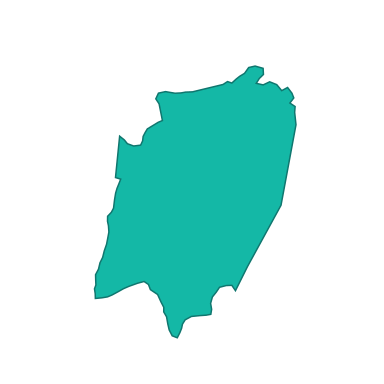 Saltinho, Santa Catarina, Brazil, rotated 304°
{"feature_id": "56859067B33666682456354", "entity_name": "Saltinho", "entity_type": "district", "adm_level": 2, "iso_a3": "BRA", "parent_name": "Brazil", "parent_adm1": "Santa Catarina", "projection": "albers", "projection_center": [-53.035, -26.587], "detail": "fine", "context": "isolated", "style": "filled", "palette": "teal", "viewbox_px": 384, "rotation_deg": 304, "n_neighbors": 0, "source": "geoboundaries", "source_scale": "gbopen_adm2", "svg_char_len": 1407}
<svg xmlns="http://www.w3.org/2000/svg" viewBox="0 0 384 384"><g transform="rotate(304 192 192)"><path d="M134.5,283.2L161.2,279.7L230.8,273.2L305.9,240.6L309.7,237.4L315.4,232.6L320.5,229.7L320.5,223.4L326.9,223.8L329.8,219.6L332.1,212.8L326.2,209.7L328.4,202.2L326.8,194.8L320.6,191.1L318.0,184.5L323.7,184.3L329.4,185.5L334.3,181.8L331.7,173.9L326.9,169.4L319.7,169.2L314.5,166.8L310.4,165.5L304.6,164.1L303.4,159.7L298.5,157.6L275.3,136.4L271.2,130.8L268.0,127.5L264.4,122.7L260.4,113.9L255.2,108.9L249.0,109.9L246.7,115.4L234.7,127.5L230.9,125.0L225.4,122.5L219.4,119.7L215.2,119.9L210.8,120.4L206.7,122.5L202.1,123.2L197.5,117.9L195.9,111.4L197.3,106.9L197.8,100.8L161.2,120.5L162.8,125.7L157.9,126.8L153.1,127.8L148.4,129.3L142.3,132.1L134.7,136.0L130.1,136.5L124.7,135.6L120.5,138.3L117.3,141.6L112.3,145.5L106.3,148.1L100.9,150.4L94.1,152.2L87.8,154.5L81.9,155.3L75.8,157.6L69.5,158.3L65.0,161.5L61.2,164.3L57.2,165.3L53.6,168.6L49.7,171.4L54.0,176.6L57.8,180.6L61.9,183.3L68.4,186.7L73.6,189.3L78.6,192.5L85.8,197.8L91.0,202.3L91.0,207.6L87.8,212.1L87.8,220.8L83.5,227.8L80.6,233.1L76.8,235.6L74.3,240.7L69.1,245.7L64.9,250.2L61.7,256.0L62.9,261.3L68.6,260.6L73.2,259.6L77.1,258.0L82.2,257.8L88.5,261.1L93.9,267.6L97.8,272.6L101.1,276.0L105.7,273.9L110.1,269.7L116.4,267.6L122.5,268.1L128.4,268.1L133.6,272.7L136.9,277.2L134.5,283.2Z" fill="#14b8a6" stroke="#0f766e" stroke-width="1.5"/></g></svg>